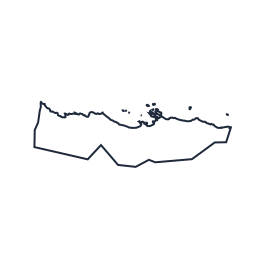 the district of Central Bougainville District, North Solomons, Papua New Guinea, rotated 313°
{"feature_id": "67681753B39357341288048", "entity_name": "Central Bougainville District", "entity_type": "district", "adm_level": 2, "iso_a3": "PNG", "parent_name": "Papua New Guinea", "parent_adm1": "North Solomons", "projection": "equal_earth", "projection_center": [155.551, -6.136], "detail": "fine", "context": "isolated", "style": "outline", "palette": "slate", "viewbox_px": 256, "rotation_deg": 313, "n_neighbors": 0, "source": "geoboundaries", "source_scale": "gbopen_adm2", "svg_char_len": 5765}
<svg xmlns="http://www.w3.org/2000/svg" viewBox="0 0 256 256"><g transform="rotate(313 128 128)"><path d="M198.7,202.8L198.2,202.0L197.5,200.6L197.1,200.1L195.3,198.7L193.9,197.6L192.6,196.7L192.3,196.4L191.9,195.5L191.9,196.3L191.9,197.1L191.8,196.6L191.3,195.4L190.8,195.1L189.9,194.3L189.4,193.4L189.1,192.8L188.5,189.7L188.8,188.8L188.8,188.2L188.6,188.0L188.3,187.8L188.0,187.3L188.0,186.6L187.7,186.0L187.4,185.9L186.9,185.8L186.7,185.7L186.5,185.2L186.4,184.6L186.3,184.1L185.2,182.2L185.1,181.9L185.3,181.3L185.3,180.8L184.9,179.9L184.7,179.5L184.0,179.0L183.6,178.3L183.1,176.8L182.5,174.7L182.4,173.7L182.6,173.0L182.8,172.7L182.2,171.6L182.0,171.3L181.6,171.1L181.1,171.1L180.8,170.9L179.6,170.8L179.0,170.5L178.5,169.8L178.1,169.6L176.3,169.3L175.7,168.9L173.6,167.1L172.5,165.6L172.4,165.0L171.0,163.2L169.6,160.9L168.5,158.8L167.5,156.1L167.5,155.8L167.2,155.1L166.9,154.8L166.5,154.7L166.1,154.3L165.6,153.1L165.1,152.4L164.4,152.3L163.4,151.6L163.0,151.6L162.5,151.9L162.1,151.7L161.6,151.4L161.2,150.7L160.4,149.8L160.1,148.6L159.8,146.6L159.5,144.8L159.2,144.5L159.0,144.3L158.5,144.4L157.5,144.0L156.9,144.1L156.6,143.7L156.0,143.7L155.6,143.2L156.1,141.9L156.1,141.5L155.4,140.1L155.4,139.5L155.5,139.2L155.7,138.9L156.2,138.7L156.3,138.4L156.3,138.0L156.2,137.9L155.9,138.0L155.5,138.0L155.3,137.7L155.2,136.0L155.3,135.7L155.5,135.7L155.9,136.0L156.2,135.7L156.2,135.4L155.9,134.7L155.0,133.5L154.9,133.4L154.7,133.4L154.6,133.5L154.4,134.7L154.1,135.0L153.8,134.7L153.2,133.6L153.1,134.4L152.9,135.4L153.0,136.1L153.0,136.3L152.8,136.6L152.5,136.8L152.4,137.1L152.7,137.6L152.9,138.1L153.3,138.7L153.5,139.2L154.5,140.2L154.6,140.9L154.1,141.7L153.9,141.7L153.8,141.8L153.8,142.3L154.0,142.6L154.3,143.0L154.3,143.3L153.9,143.9L153.7,144.0L153.4,143.7L152.9,143.5L152.1,143.0L150.9,143.2L150.5,142.8L150.0,141.7L149.7,141.7L149.3,142.1L149.2,142.8L149.4,143.2L149.4,143.5L149.2,143.8L148.9,144.2L148.7,144.3L147.9,144.2L147.3,143.8L146.9,143.7L146.2,143.6L144.6,142.8L143.6,142.0L143.2,141.5L142.7,140.5L142.6,139.7L143.1,139.4L144.4,138.8L144.6,138.6L144.7,138.3L144.7,138.1L144.5,137.9L144.2,138.3L143.9,138.4L142.6,137.9L142.5,137.6L142.3,136.8L142.5,136.6L142.8,136.5L143.0,136.3L143.0,136.0L142.6,135.6L142.5,135.1L142.7,134.5L142.4,134.2L141.3,133.8L141.0,133.5L140.7,133.0L140.8,131.9L140.7,131.7L140.1,131.5L140.3,132.4L140.3,133.1L139.8,133.8L139.8,134.1L139.9,134.3L140.0,134.9L139.7,135.3L138.3,135.7L137.2,135.6L136.8,135.3L134.0,134.0L133.5,133.6L131.2,131.3L129.6,129.2L129.1,128.4L128.8,127.7L128.7,126.9L128.4,126.2L127.7,124.9L127.1,123.3L125.0,119.9L124.6,119.3L124.5,118.7L124.8,118.0L124.6,116.7L124.2,115.8L124.2,114.9L123.4,113.9L123.3,113.2L123.2,112.5L123.0,111.6L122.3,110.1L122.1,109.3L122.1,108.7L122.3,107.6L122.3,107.2L122.0,105.9L121.8,103.8L121.7,102.2L121.6,100.5L121.6,100.0L121.7,99.5L122.0,98.9L121.9,98.8L120.5,98.7L119.7,98.3L118.8,97.7L118.5,97.3L118.4,97.0L118.4,96.6L118.2,96.1L117.9,95.7L117.0,95.5L116.7,95.3L116.4,94.8L116.1,94.2L115.9,93.0L115.8,92.5L115.5,92.0L115.3,91.1L114.6,90.3L114.1,89.9L113.1,89.7L112.4,89.8L111.2,90.5L110.5,90.5L110.1,90.9L109.4,91.1L109.0,91.1L108.3,90.5L107.7,88.9L107.7,88.2L107.8,87.8L107.8,87.5L107.4,87.3L107.0,86.8L107.0,84.9L106.7,84.6L106.3,83.7L106.0,83.1L105.6,82.8L104.4,82.9L103.8,82.0L103.5,80.3L103.0,79.5L103.0,78.8L102.9,78.6L102.6,79.0L102.5,79.4L103.1,80.2L103.2,80.6L102.9,80.6L102.2,79.7L102.2,79.3L102.3,79.1L102.2,78.8L101.8,78.8L101.6,78.7L100.8,77.8L100.1,77.5L99.0,76.4L98.6,75.4L98.4,75.1L98.1,75.0L97.4,75.3L97.0,75.3L96.4,74.9L96.4,74.4L96.0,73.3L95.9,72.7L95.8,72.3L95.4,71.9L95.3,72.0L95.0,73.0L94.7,73.5L94.1,74.2L93.6,74.3L93.3,74.8L92.6,74.5L92.2,73.9L91.7,73.4L91.4,73.0L91.0,72.7L90.8,71.7L90.5,71.1L90.7,70.4L90.3,70.0L89.6,68.6L89.7,68.0L90.8,66.5L90.8,66.2L90.7,65.8L90.3,65.2L89.5,64.8L89.3,64.5L89.0,63.4L88.8,62.6L88.4,61.1L87.8,60.9L87.3,60.0L87.6,59.1L88.2,58.4L88.3,58.1L88.3,56.9L88.2,56.6L87.7,56.0L87.7,55.6L87.4,54.8L87.4,54.4L87.6,53.8L88.0,51.3L88.7,50.8L88.7,50.5L88.3,50.4L87.8,49.6L87.6,49.1L87.5,47.9L87.5,47.5L87.7,46.8L87.7,46.6L87.3,46.6L87.1,46.9L86.7,47.1L83.9,49.9L80.6,51.6L70.7,58.5L62.9,61.2L50.2,72.6L77.6,119.9L97.1,119.9L94.2,145.9L104.8,160.1L119.0,165.0L121.5,171.3L148.8,196.0L176.6,201.3L184.5,209.5L198.1,203.1L197.7,202.6L198.0,202.6L198.1,202.8L198.3,202.8L198.5,202.9L198.7,202.8ZM160.1,137.5L159.9,137.3L158.9,136.7L158.7,136.8L158.8,137.6L158.6,137.9L158.0,137.5L157.9,137.7L158.0,138.1L157.9,139.5L158.3,140.0L158.8,141.2L158.8,142.5L159.2,143.1L159.7,143.5L160.1,143.4L160.8,142.7L161.2,142.6L161.5,142.4L161.7,142.2L161.9,141.8L161.7,141.2L161.2,140.7L161.2,139.7L160.8,138.9L160.4,138.6L160.2,138.2L160.1,137.5ZM158.4,128.2L158.5,127.9L158.4,126.8L158.3,126.5L157.8,126.1L157.4,126.1L157.2,126.6L157.5,127.3L157.7,127.5L158.0,128.0L158.4,128.2ZM161.8,137.5L161.8,136.7L161.4,136.0L160.9,135.6L160.5,136.2L160.4,136.8L160.7,137.1L161.2,137.2L161.5,137.7L161.8,137.5ZM163.8,131.4L163.9,131.0L163.3,130.6L162.5,130.4L162.4,130.1L162.1,130.3L162.2,130.8L162.8,131.3L163.5,131.6L163.8,131.4ZM186.0,160.0L186.0,159.8L185.5,159.1L185.2,159.1L185.3,159.8L185.8,160.1L186.0,160.0ZM205.8,192.0L205.8,191.6L205.5,191.0L205.3,191.1L205.4,191.8L205.6,192.1L205.8,192.0ZM139.4,114.7L138.8,114.3L139.4,115.4L139.4,114.7ZM184.3,160.5L184.5,160.4L184.5,160.2L184.3,160.0L183.9,160.0L183.8,160.3L184.0,160.5L184.3,160.5ZM155.7,133.0L156.0,132.7L155.3,132.6L155.2,132.9L155.5,133.1L155.7,133.0ZM137.6,112.5L137.3,112.2L137.2,112.4L137.2,113.0L137.6,113.2L137.6,112.5ZM158.8,134.0L158.9,133.7L158.7,133.6L158.2,133.6L158.1,133.8L158.2,134.0L158.8,134.0ZM140.1,118.3L139.7,117.7L140.0,119.0L140.1,118.3ZM146.3,129.1L146.0,128.7L146.3,129.5L146.3,129.1Z" fill="none" stroke="#1e293b" stroke-width="2"/></g></svg>